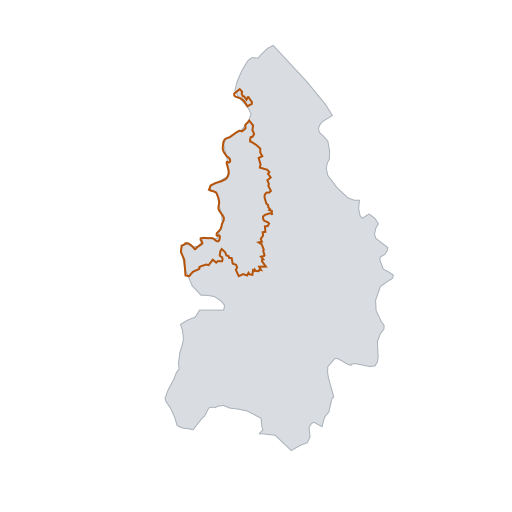 Belgium, with Hainaut highlighted, rotated 73°
{"feature_id": "BEL-2", "entity_name": "Hainaut", "entity_type": "Province", "adm_level": 1, "iso_a3": "BEL", "parent_name": "Belgium", "parent_adm1": "", "projection": "equal_earth", "projection_center": [3.881, 50.373], "detail": "fine", "context": "in_parent", "style": "outline", "palette": "amber", "viewbox_px": 512, "rotation_deg": 73, "n_neighbors": 0, "source": "natural_earth", "source_scale": "10m", "svg_char_len": 4885}
<svg xmlns="http://www.w3.org/2000/svg" viewBox="0 0 512 512"><g transform="rotate(73 256 256)"><path d="M232.9,140.8L240.8,144.0L247.9,144.7L250.9,143.3L248.9,135.5L254.6,131.4L261.0,129.5L263.8,132.8L269.7,136.3L274.2,136.3L286.5,127.4L289.5,129.1L292.1,132.3L292.7,134.9L293.2,137.5L296.0,138.7L305.7,138.1L310.6,133.3L314.5,130.2L317.4,132.3L318.9,138.2L321.6,146.0L333.3,154.6L343.2,157.1L355.2,155.4L360.0,153.8L363.3,155.1L366.5,159.7L373.5,165.0L388.2,168.7L392.7,170.8L395.9,174.4L395.0,179.4L388.2,192.0L387.3,195.7L388.3,197.0L387.0,199.3L378.0,207.8L377.2,210.8L380.3,215.6L382.8,219.7L388.3,221.6L393.4,222.3L403.2,222.6L413.5,222.8L414.8,225.2L426.5,232.0L430.1,237.5L438.5,242.8L431.7,249.4L432.8,252.4L435.4,255.4L444.8,257.2L449.6,261.6L449.9,268.3L452.3,279.2L433.0,290.1L427.7,302.3L427.2,304.7L426.5,304.3L424.3,300.3L420.8,300.3L412.7,298.6L401.7,309.6L396.7,318.8L393.8,325.5L389.3,331.0L388.5,336.7L389.1,339.2L387.6,342.3L387.5,345.6L394.1,352.0L395.7,355.5L403.8,367.0L401.4,371.2L399.5,375.7L397.2,379.0L394.6,381.0L386.4,380.9L376.1,382.3L369.1,384.6L365.5,384.6L358.0,378.9L349.5,370.3L344.2,366.2L341.8,362.7L335.2,361.2L325.8,356.9L319.3,352.3L313.7,349.5L305.8,348.1L299.3,348.2L297.4,340.5L296.5,331.7L291.2,325.8L298.3,302.7L294.0,300.5L289.3,302.3L282.5,307.8L279.3,314.3L277.4,320.1L266.0,325.7L247.9,327.7L228.1,325.7L225.4,324.2L224.1,322.5L224.1,320.5L225.5,317.3L228.9,313.6L229.7,308.2L226.2,303.5L223.9,301.7L224.8,297.2L227.4,291.5L227.9,288.3L214.5,278.5L204.8,276.6L195.5,276.3L188.3,275.2L184.2,275.7L181.2,278.5L178.2,280.5L175.9,278.1L171.8,260.9L168.6,258.2L156.5,255.4L140.0,254.3L135.6,251.2L133.3,243.5L131.8,234.2L126.4,225.3L123.7,223.0L118.8,219.1L110.2,220.7L99.9,225.9L93.8,227.3L91.5,227.8L83.3,222.8L74.1,214.9L66.8,206.6L65.1,202.0L67.4,196.3L64.7,192.0L60.8,184.2L59.7,178.0L104.2,156.4L131.2,145.3L143.9,141.9L146.9,153.1L149.2,156.6L152.2,158.9L156.2,159.4L160.8,156.6L167.2,153.7L177.6,155.0L185.1,157.7L187.7,160.5L192.7,163.2L199.9,163.8L214.0,158.7L227.4,151.0L231.4,145.7L232.9,140.8Z" fill="#d9dde1" stroke="#a8b0b8" stroke-width="1"/><path d="M144.6,256.6L142.8,256.2L138.4,254.3L137.0,253.5L135.4,251.8L134.9,250.3L134.7,246.2L132.1,238.9L131.3,235.1L132.7,233.0L131.5,229.9L130.7,228.7L129.4,228.3L127.9,228.2L127.1,227.4L125.9,224.9L124.5,222.9L125.7,222.5L130.3,220.6L134.5,222.6L138.8,222.1L141.0,224.5L140.8,226.3L143.3,227.8L143.9,227.8L144.9,228.1L145.4,227.1L150.0,223.2L154.6,220.5L158.3,221.7L162.4,220.8L163.0,224.8L169.8,224.9L172.6,226.5L176.8,220.0L179.7,218.7L180.8,220.5L185.2,219.0L186.9,223.0L191.0,222.6L192.4,223.7L198.1,222.7L199.2,224.9L198.5,227.1L199.0,228.5L200.4,230.0L202.6,230.7L208.8,230.8L210.9,229.5L212.8,230.0L215.2,229.0L215.9,229.9L217.4,227.7L220.1,228.4L221.4,228.5L219.6,228.9L219.2,230.6L219.3,235.4L220.3,237.7L222.1,238.3L224.5,238.0L227.7,234.4L228.8,234.0L230.8,236.1L230.3,238.8L235.7,240.0L235.2,242.7L238.5,243.2L241.1,246.5L244.1,246.2L243.8,249.5L246.4,247.2L252.1,246.7L253.2,247.6L257.8,247.6L258.3,248.2L258.1,251.4L261.4,250.0L261.3,251.2L262.8,251.8L269.0,249.7L267.2,256.1L270.8,255.3L270.0,256.5L271.3,257.9L270.0,261.0L268.6,261.2L269.6,262.1L268.6,262.9L273.0,265.0L271.5,267.7L269.9,268.1L272.0,270.2L269.6,273.5L270.2,278.4L263.3,279.3L261.4,277.4L258.6,277.6L256.5,280.5L250.8,279.9L250.0,282.3L248.1,282.2L246.8,284.2L243.4,284.4L239.3,286.8L241.0,288.7L244.8,290.5L245.5,290.4L247.4,288.7L249.6,289.0L251.1,290.0L249.8,294.1L250.7,296.0L246.9,298.4L250.9,304.0L249.6,306.2L249.7,311.4L250.1,313.5L251.8,314.0L252.6,320.8L255.7,325.8L254.3,328.6L254.0,329.1L238.6,325.7L232.2,326.4L230.7,326.6L229.3,326.3L223.6,323.7L224.4,323.8L224.2,321.9L223.7,319.9L223.2,319.7L223.6,318.2L224.1,317.2L224.9,316.4L226.7,315.0L229.1,313.6L231.6,312.6L231.6,311.7L230.9,310.7L230.3,309.5L228.5,303.8L227.5,303.4L226.4,303.6L224.4,304.3L222.9,303.7L223.2,301.4L225.1,296.1L225.7,293.8L226.1,292.7L227.2,291.4L229.6,289.9L230.6,288.9L230.9,287.6L230.3,286.7L229.0,285.8L227.6,285.1L226.7,284.8L225.4,285.3L225.3,286.1L225.5,287.0L224.7,287.6L222.8,286.9L220.0,282.0L217.9,280.5L215.7,279.4L212.3,276.4L210.3,275.6L208.2,275.8L201.6,278.0L199.3,278.0L197.5,277.3L195.7,276.3L193.6,275.4L189.4,275.0L184.9,275.3L183.5,275.7L182.7,276.5L180.8,279.0L180.4,280.1L180.1,280.5L179.6,280.8L179.5,280.6L179.3,280.7L178.9,281.6L175.3,278.8L174.4,273.5L174.4,267.4L173.6,262.4L171.9,259.9L169.9,258.4L167.7,257.5L165.3,257.1L158.7,257.0L157.5,256.3L158.5,254.8L158.6,253.8L158.0,253.1L156.5,252.7L155.0,252.8L154.0,253.4L153.0,254.2L151.6,255.1L147.1,256.4L144.6,256.6ZM96.3,229.8L94.7,229.5L94.2,229.3L93.8,228.1L91.7,222.8L94.5,221.4L95.1,221.3L96.6,222.3L99.5,221.9L99.9,220.7L103.8,219.4L101.7,217.4L101.8,216.8L107.8,214.9L109.4,215.7L110.2,220.1L110.3,220.5L104.9,221.9L102.6,223.1L100.7,224.7L97.6,229.0L96.3,229.8Z" fill="none" stroke="#b45309" stroke-width="2"/></g></svg>